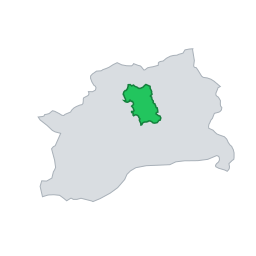 location of Plovdiv within Bulgaria, rotated 166°
{"feature_id": "BGR-2235", "entity_name": "Plovdiv", "entity_type": "Province", "adm_level": 1, "iso_a3": "BGR", "parent_name": "Bulgaria", "parent_adm1": "", "projection": "orthographic", "projection_center": [24.881, 42.293], "detail": "fine", "context": "in_parent", "style": "filled", "palette": "green", "viewbox_px": 256, "rotation_deg": 166, "n_neighbors": 0, "source": "natural_earth", "source_scale": "10m", "svg_char_len": 3769}
<svg xmlns="http://www.w3.org/2000/svg" viewBox="0 0 256 256"><g transform="rotate(166 128 128)"><path d="M212.5,160.4L208.1,159.8L206.5,160.0L205.6,161.2L203.5,161.0L201.0,161.1L198.4,162.4L197.0,163.0L195.0,161.9L191.2,158.6L189.0,156.3L187.3,155.7L185.7,156.5L179.8,157.4L178.4,158.9L175.7,160.5L173.0,161.3L169.1,161.9L167.0,161.8L165.8,162.6L164.9,164.9L164.3,167.1L163.7,168.0L158.8,169.2L157.7,170.4L157.5,171.7L157.6,172.9L153.6,171.8L150.6,172.6L149.9,173.6L149.3,174.9L149.6,176.4L150.8,177.8L151.9,181.5L152.3,185.3L151.7,187.5L149.5,189.0L144.8,190.8L140.2,190.0L138.2,190.7L134.9,191.0L131.8,191.5L127.0,193.1L122.7,194.0L118.8,190.8L114.2,188.7L109.4,187.4L107.7,188.3L107.0,189.1L103.0,186.3L101.1,185.3L100.3,184.2L98.6,180.5L97.6,180.3L94.3,181.7L91.1,181.6L89.2,181.4L83.5,181.5L82.7,184.0L82.0,184.4L80.7,184.7L77.7,184.5L73.8,186.4L69.6,187.4L66.3,187.4L62.9,186.8L60.9,187.2L56.6,187.3L53.8,190.0L49.5,189.8L45.9,189.2L46.4,188.3L47.3,177.4L49.2,172.6L49.2,171.6L48.8,170.8L47.2,170.0L46.2,167.4L44.0,160.4L42.7,158.9L39.0,157.4L35.8,155.3L33.2,152.6L28.4,145.9L30.9,145.3L31.7,144.0L34.3,140.5L34.7,138.8L34.4,137.8L32.8,136.0L31.7,132.2L32.7,128.7L32.8,126.9L32.0,125.1L33.0,122.9L34.8,121.7L36.0,121.4L40.7,121.3L43.8,116.9L45.7,115.5L47.6,113.0L48.5,112.1L49.4,110.2L49.7,108.2L46.0,105.3L44.8,103.1L43.2,100.7L41.0,99.1L36.6,96.2L34.9,93.3L34.2,89.6L33.1,86.8L31.8,85.0L31.6,83.5L31.1,81.7L31.1,78.2L32.3,73.5L33.0,71.9L34.6,71.4L38.7,69.0L38.9,65.8L39.7,63.9L41.0,62.8L42.2,62.0L44.4,63.9L49.7,67.0L52.2,69.2L52.1,70.6L50.8,71.9L48.4,73.1L47.0,74.8L46.6,77.0L46.9,78.5L48.5,79.8L58.2,78.3L68.0,79.4L81.1,82.5L89.8,83.6L96.3,82.3L108.2,84.7L119.3,87.0L130.0,87.6L136.0,85.8L140.2,83.3L143.7,78.8L152.5,72.6L161.1,69.1L172.3,66.2L179.8,65.1L180.9,66.0L190.6,71.2L194.9,71.1L198.4,72.0L199.7,73.4L200.6,73.7L205.1,72.2L207.2,75.1L210.6,79.2L216.1,81.2L221.0,82.2L222.5,82.3L227.6,82.0L227.4,92.6L224.5,97.6L219.8,96.2L214.0,97.8L211.0,103.5L209.3,105.2L207.8,107.2L207.0,114.5L207.2,126.3L205.0,127.9L202.9,128.4L194.6,139.1L199.7,141.9L202.0,144.0L205.9,150.1L211.3,157.0L212.5,160.4Z" fill="#d9dde1" stroke="#a8b0b8" stroke-width="1"/><path d="M114.7,128.1L114.5,129.6L115.1,132.8L114.8,133.6L114.2,133.9L114.9,135.6L114.9,136.2L115.2,137.2L115.7,137.9L117.0,138.9L118.4,138.9L119.5,138.5L120.0,139.4L119.4,141.0L120.1,141.8L120.6,142.0L120.7,142.6L120.5,143.2L120.0,143.2L118.8,142.7L117.9,143.3L118.1,144.9L118.1,145.9L118.5,146.9L119.2,148.3L118.2,148.9L117.1,149.3L116.7,150.8L117.2,152.6L117.8,153.1L118.1,152.9L118.5,153.3L119.0,153.6L119.3,153.8L119.2,154.5L119.8,154.6L120.3,153.5L120.9,153.4L122.0,153.1L123.0,153.4L124.3,154.2L125.1,155.4L124.4,155.1L123.9,155.0L123.6,155.0L123.5,157.0L123.9,158.5L124.1,160.1L124.0,160.6L124.1,161.0L124.5,161.4L124.4,162.1L123.3,164.0L121.6,165.1L120.8,164.9L120.0,165.4L119.7,165.9L119.3,166.0L118.7,166.7L118.4,167.7L117.7,168.3L117.6,169.2L117.4,169.9L116.6,169.9L116.0,169.6L115.4,169.6L114.2,167.9L113.3,168.2L112.2,168.3L111.6,167.1L110.8,166.4L109.3,165.4L108.1,163.9L106.6,163.5L105.0,163.7L103.3,164.1L101.7,165.2L100.1,165.9L96.5,163.1L96.9,161.0L96.4,159.0L96.2,157.7L96.6,156.8L96.5,154.9L97.3,154.3L98.2,154.1L98.6,153.5L98.1,152.8L97.6,152.4L97.6,151.6L97.8,150.3L97.5,149.1L97.0,148.3L97.0,147.7L97.5,146.6L96.7,145.3L96.1,145.0L96.1,144.2L95.8,143.2L95.8,142.2L95.9,141.8L95.5,140.7L94.8,140.5L94.9,138.3L95.2,136.2L96.3,136.2L97.2,135.6L97.3,134.6L96.5,134.0L95.5,132.6L94.1,131.9L93.7,129.8L94.9,127.8L96.2,127.9L98.3,126.2L99.5,126.2L101.0,126.3L102.5,126.9L103.5,128.4L104.8,129.5L106.4,129.8L106.8,129.7L107.1,129.4L108.8,129.4L110.4,129.8L111.9,129.6L113.2,128.8L113.4,128.3L113.7,127.9L114.7,127.7L114.7,128.1Z" fill="#22c55e" stroke="#15803d" stroke-width="1.5"/></g></svg>